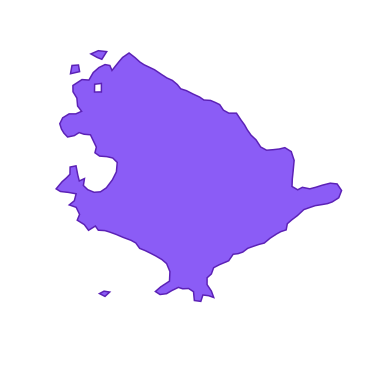 Niterói, Rio de Janeiro, Brazil, rotated 13°
{"feature_id": "56859067B85050647770651", "entity_name": "Niterói", "entity_type": "district", "adm_level": 2, "iso_a3": "BRA", "parent_name": "Brazil", "parent_adm1": "Rio de Janeiro", "projection": "robinson", "projection_center": [-43.065, -22.923], "detail": "fine", "context": "isolated", "style": "filled", "palette": "violet", "viewbox_px": 384, "rotation_deg": 13, "n_neighbors": 0, "source": "geoboundaries", "source_scale": "gbopen_adm2", "svg_char_len": 2257}
<svg xmlns="http://www.w3.org/2000/svg" viewBox="0 0 384 384"><g transform="rotate(13 192 192)"><path d="M331.6,151.5L324.7,152.3L317.5,156.0L311.6,159.5L306.1,162.4L298.5,162.6L294.5,166.1L288.2,164.1L286.8,156.7L285.8,148.6L284.4,138.2L279.6,130.3L272.5,127.9L267.3,130.5L261.6,132.5L255.3,134.5L248.8,132.7L242.7,126.8L236.7,123.3L231.8,118.9L228.0,114.7L223.6,110.9L217.6,105.2L210.2,106.9L204.2,105.2L199.3,100.6L194.5,99.5L189.4,98.6L182.9,99.7L178.2,97.8L171.0,96.3L163.8,94.5L157.8,94.0L153.5,90.6L147.8,87.7L141.8,86.5L135.5,84.2L128.0,81.3L122.2,80.0L116.7,78.8L112.0,77.1L106.3,73.9L99.4,70.7L94.1,76.5L91.6,81.3L89.2,86.3L86.7,91.6L83.5,87.2L78.6,87.4L73.4,91.6L68.9,97.8L66.4,106.1L59.5,107.2L52.0,115.0L53.5,121.1L58.7,126.4L61.2,134.0L66.3,138.2L61.2,142.0L54.7,143.5L49.3,148.8L47.8,155.2L50.6,160.0L54.0,163.5L58.4,166.4L64.7,163.5L68.6,159.5L73.8,160.0L80.2,159.1L88.7,169.8L88.6,175.6L93.9,177.8L101.1,176.7L107.1,176.7L112.5,180.0L113.8,189.4L111.7,198.0L107.6,207.2L102.8,212.4L96.7,214.3L89.9,213.2L84.7,210.1L84.2,203.1L79.7,206.6L76.9,201.2L73.1,192.6L67.6,195.1L69.1,202.2L66.4,206.6L63.1,211.2L58.9,219.5L63.7,221.1L71.6,220.2L79.5,219.8L79.3,227.0L75.3,232.2L82.6,233.0L87.5,239.1L86.5,245.3L94.4,248.0L99.8,252.6L105.5,246.9L109.3,250.3L115.8,249.2L120.4,249.5L127.1,250.3L135.1,251.7L143.5,252.8L148.7,254.3L153.7,258.7L159.4,259.6L165.0,260.9L170.9,262.4L177.9,264.6L183.4,267.5L188.4,274.5L190.1,283.9L182.9,291.4L178.7,297.2L183.9,299.1L190.1,296.8L194.6,292.5L200.2,288.0L204.7,288.4L210.4,286.8L215.9,288.8L218.7,297.2L225.2,296.6L225.8,289.9L231.5,289.3L236.9,289.9L233.2,284.2L227.5,278.8L226.0,272.2L229.3,267.5L230.1,260.9L235.0,256.7L243.2,250.8L246.1,243.4L250.8,241.7L255.0,239.1L259.0,234.3L264.5,230.8L269.2,227.9L273.9,225.5L278.6,219.3L283.8,213.9L287.5,210.6L292.3,207.7L292.0,201.5L295.3,196.9L300.2,191.0L304.9,184.0L310.1,180.7L315.1,177.6L321.5,175.0L326.7,172.8L330.9,170.1L336.3,164.6L337.4,156.9L331.6,151.5ZM72.9,108.9L79.3,106.6L81.2,114.9L74.5,116.5L72.9,108.9ZM77.3,74.4L68.9,75.4L62.4,80.2L69.3,82.2L74.3,83.0L77.3,74.4ZM55.4,100.0L52.8,93.8L46.6,95.7L47.0,104.1L55.4,100.0ZM134.3,308.0L128.6,308.4L124.7,311.8L130.7,313.3L134.3,308.0Z" fill="#8b5cf6" stroke="#5b21b6" stroke-width="1.5"/></g></svg>